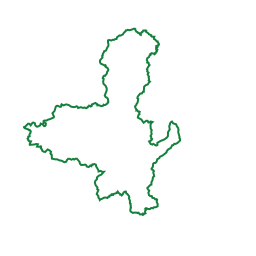 Mueang Chiang Rai, Chiang Rai, Thailand (Natural Earth projection), rotated 226°
{"feature_id": "78962969B25429486303013", "entity_name": "Mueang Chiang Rai", "entity_type": "district", "adm_level": 2, "iso_a3": "THA", "parent_name": "Thailand", "parent_adm1": "Chiang Rai", "projection": "natural_earth1", "projection_center": [99.821, 19.878], "detail": "fine", "context": "isolated", "style": "outline", "palette": "green", "viewbox_px": 256, "rotation_deg": 226, "n_neighbors": 0, "source": "geoboundaries", "source_scale": "gbopen_adm2", "svg_char_len": 5797}
<svg xmlns="http://www.w3.org/2000/svg" viewBox="0 0 256 256"><g transform="rotate(226 128 128)"><path d="M51.1,94.9L52.8,96.6L54.9,97.3L56.3,99.2L57.0,99.1L57.7,98.0L59.5,98.1L60.8,97.0L62.5,97.8L63.5,96.7L65.1,96.5L67.3,97.7L68.1,99.7L69.9,99.7L71.4,100.2L71.5,104.6L71.0,105.5L72.7,107.2L73.7,109.9L74.8,111.0L75.3,112.2L75.1,113.3L78.7,115.5L79.0,116.7L80.0,116.9L81.7,116.3L82.4,116.7L82.8,118.9L84.8,121.3L84.8,122.2L83.8,123.6L84.0,125.4L85.2,127.3L84.6,129.5L85.1,131.0L84.2,133.7L83.7,138.4L83.9,139.2L84.4,139.6L84.7,142.0L83.9,144.9L84.9,147.8L84.2,148.6L84.5,150.3L83.5,151.2L82.9,153.0L82.8,156.7L84.1,157.9L85.2,158.0L85.8,158.9L89.9,161.1L91.1,162.3L91.3,162.9L93.3,164.1L95.3,164.3L97.2,165.2L99.9,163.7L102.1,164.1L102.4,162.5L101.7,160.7L101.3,160.5L100.6,158.8L98.0,157.1L97.2,153.9L94.4,151.0L94.1,149.3L94.5,146.3L96.1,142.2L97.0,138.8L95.3,137.3L95.6,136.4L96.2,135.9L99.0,135.2L99.2,134.0L100.8,133.2L103.6,133.9L103.2,134.5L103.4,135.6L102.9,136.1L103.3,137.7L104.6,137.6L105.3,138.4L106.6,138.7L107.1,140.6L109.5,142.5L110.0,143.6L111.6,143.8L114.4,146.1L115.4,147.9L115.3,149.8L116.9,148.9L117.3,146.9L117.9,146.5L119.5,147.1L120.1,146.7L120.5,146.1L121.0,142.9L124.8,143.5L128.6,142.3L129.0,142.6L130.2,144.9L129.9,145.8L131.4,146.8L131.5,147.6L132.1,147.5L133.0,146.7L134.2,146.8L134.7,146.3L134.9,147.0L136.5,147.0L138.7,148.1L138.8,150.0L139.3,150.7L139.6,152.5L141.8,155.6L142.9,155.4L143.8,156.8L144.3,160.6L143.2,162.0L143.7,164.0L143.1,164.5L146.5,168.3L146.5,170.5L145.6,172.5L146.2,174.6L146.1,176.0L147.9,175.9L148.6,177.2L150.1,178.0L150.3,178.7L153.0,179.4L153.5,181.2L155.3,181.1L156.2,182.3L157.0,182.3L157.8,184.2L158.3,187.1L158.8,186.9L160.4,188.0L161.7,187.3L161.9,188.1L163.8,188.7L164.8,190.3L164.5,192.5L165.1,193.7L164.9,195.1L165.4,195.6L165.3,196.2L165.6,196.0L165.5,196.8L163.2,198.5L162.7,198.3L162.5,199.7L163.2,200.0L163.0,201.7L163.4,201.9L163.2,202.2L163.7,203.1L164.0,202.7L164.4,203.3L164.9,203.1L165.4,204.1L165.9,204.1L166.0,203.8L166.8,204.6L166.6,205.6L165.9,205.8L166.4,206.7L166.9,206.4L166.4,208.1L167.3,208.8L168.8,208.9L169.7,209.5L170.4,208.8L172.8,209.0L174.0,208.5L175.0,209.3L175.4,210.3L177.3,208.5L177.9,208.5L178.6,209.2L181.0,208.1L181.8,208.4L184.8,207.8L185.4,208.7L186.7,208.1L186.9,208.3L186.7,207.9L187.0,207.4L186.7,207.4L187.4,206.4L187.1,205.0L187.4,204.5L187.3,203.8L187.1,203.9L187.2,203.0L186.1,201.9L187.0,201.5L187.7,202.2L188.3,202.1L189.5,201.2L190.4,201.5L191.4,200.9L193.3,201.3L194.0,202.0L194.7,201.9L195.4,201.1L196.4,198.5L197.6,196.7L198.8,196.0L199.2,194.6L199.7,194.2L199.3,193.2L199.4,191.6L198.9,189.2L199.8,186.6L200.5,186.2L200.9,183.2L200.0,181.6L200.9,180.5L201.1,179.1L202.1,178.3L202.5,176.8L204.4,175.6L204.9,174.5L203.3,172.9L201.6,172.0L200.6,170.7L200.4,169.2L199.0,166.1L199.8,164.1L199.2,163.2L198.9,161.4L197.7,160.2L197.8,159.4L196.4,158.6L196.1,154.8L194.6,153.5L193.3,153.1L189.2,154.7L189.0,155.2L188.3,154.6L187.8,155.0L187.2,154.4L185.5,155.0L183.7,154.4L183.1,153.6L183.0,152.2L181.8,150.5L181.5,147.6L182.1,147.3L182.3,146.6L181.5,144.5L180.2,144.6L178.7,142.4L176.9,141.1L174.0,141.2L171.6,140.4L169.9,138.9L167.5,133.8L165.7,133.4L164.5,133.9L163.0,133.8L160.3,131.9L160.3,131.2L160.9,130.4L160.1,130.8L159.9,130.5L160.4,127.5L161.0,126.8L161.7,126.6L161.4,125.2L162.5,123.8L164.5,123.0L165.3,122.0L165.5,122.4L166.5,121.9L166.7,122.4L168.7,121.9L170.0,118.4L169.0,117.0L169.4,116.1L170.0,116.2L171.1,115.6L170.8,114.8L171.3,113.8L170.8,113.2L171.4,111.5L172.9,111.0L173.8,109.5L175.8,108.5L177.0,106.0L178.1,106.4L179.3,106.2L180.0,104.3L181.1,103.1L183.1,101.8L185.5,101.4L187.0,100.6L188.1,99.7L189.0,97.4L191.2,96.7L191.1,96.2L190.0,95.2L189.9,94.4L190.8,93.6L192.8,92.9L193.5,91.9L193.5,90.9L191.3,87.0L191.1,83.9L187.5,82.6L187.2,81.9L188.5,78.2L189.7,76.0L189.9,74.6L191.4,73.1L191.7,72.2L190.8,71.2L189.1,72.1L188.3,72.1L187.1,70.6L187.1,69.6L187.5,69.0L188.6,68.9L189.9,69.8L190.3,68.9L191.8,68.3L190.9,66.5L191.7,64.1L192.4,63.3L194.1,63.1L196.3,64.3L197.8,63.6L198.1,62.8L197.5,59.8L199.5,60.0L200.5,59.1L200.4,54.9L200.9,53.8L200.6,53.6L199.5,53.6L196.5,55.2L195.1,55.3L194.9,55.9L193.2,55.8L192.2,54.4L192.2,53.6L191.6,52.4L190.3,51.5L191.1,50.2L190.1,49.2L190.1,48.4L188.9,48.3L188.5,47.7L187.1,47.7L186.3,48.1L186.4,48.4L185.8,48.9L184.8,46.2L184.1,45.7L180.9,49.5L180.4,50.7L178.9,51.9L177.8,49.6L176.0,51.3L175.4,52.6L174.8,52.5L173.9,51.1L172.5,51.3L171.2,50.5L169.5,50.9L168.3,51.8L168.4,55.3L166.0,56.1L164.3,56.1L163.7,54.6L162.7,54.3L162.0,54.7L158.8,52.0L155.6,54.2L154.7,55.3L152.3,56.2L150.5,57.6L147.6,58.4L146.7,60.0L147.4,62.0L147.4,63.6L146.5,64.5L144.4,65.4L144.0,66.9L142.7,67.4L142.5,68.8L141.3,69.9L137.2,69.6L135.9,68.7L133.9,68.6L131.2,71.9L130.4,72.1L128.9,71.6L127.2,72.6L127.2,74.9L126.1,75.2L126.4,75.6L126.0,76.7L126.5,77.1L125.4,78.8L123.9,79.4L122.7,78.5L118.2,77.4L117.2,76.6L116.1,78.5L114.0,79.2L113.3,80.1L113.0,76.4L114.0,73.7L114.0,71.3L112.8,70.2L112.6,67.6L111.5,66.0L109.0,64.9L106.4,64.7L105.3,63.3L104.0,63.6L102.2,59.6L99.8,59.5L98.4,58.3L96.9,58.3L95.8,57.7L95.8,58.6L95.3,59.5L94.5,62.4L93.6,63.6L91.9,64.6L92.2,66.1L91.5,66.8L92.1,67.7L91.3,69.2L91.7,69.6L91.6,70.4L90.7,70.3L90.2,70.8L90.6,71.7L89.0,74.8L89.4,75.2L88.9,75.6L89.2,76.4L88.0,76.1L86.0,76.5L85.4,76.1L84.7,76.9L83.9,76.7L83.9,78.1L84.7,80.1L84.3,81.8L83.7,82.3L82.1,81.3L81.1,81.7L78.3,81.4L77.2,80.8L76.9,79.9L74.4,78.9L72.5,77.1L71.5,77.2L71.1,76.4L69.8,75.8L69.2,74.9L68.6,74.8L68.1,73.5L66.8,72.1L66.0,71.9L63.5,72.5L62.7,73.9L60.9,75.6L60.2,75.7L59.8,76.7L57.4,76.6L56.4,78.1L55.1,78.3L55.0,78.8L55.8,79.5L54.8,80.2L54.6,80.9L55.1,80.8L55.0,81.5L55.9,82.1L56.5,82.9L56.4,83.5L57.4,84.5L57.9,84.3L58.0,84.9L57.3,85.7L56.6,85.5L54.5,87.4L54.3,89.2L52.9,90.2L53.1,91.3L51.7,93.0L51.1,94.9Z" fill="none" stroke="#15803d" stroke-width="2"/></g></svg>